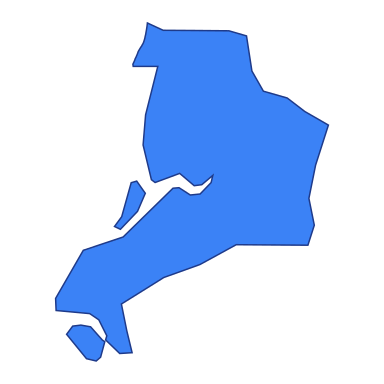 Ryongchon, P'yŏngan-bukto, North Korea
{"feature_id": "82179303B54196732560859", "entity_name": "Ryongchon", "entity_type": "district", "adm_level": 2, "iso_a3": "PRK", "parent_name": "North Korea", "parent_adm1": "P'yŏngan-bukto", "projection": "equal_earth", "projection_center": [124.373, 39.948], "detail": "fine", "context": "isolated", "style": "filled", "palette": "blue", "viewbox_px": 384, "rotation_deg": 0, "n_neighbors": 0, "source": "geoboundaries", "source_scale": "gbopen_adm2", "svg_char_len": 1200}
<svg xmlns="http://www.w3.org/2000/svg" viewBox="0 0 384 384"><path d="M246.5,35.9L228.9,30.8L193.1,30.5L163.2,30.3L147.4,23.0L147.2,24.7L147.0,26.4L146.7,28.3L146.4,30.2L146.0,32.4L145.7,34.3L145.2,36.3L144.9,37.9L144.5,39.4L144.0,41.0L143.5,42.5L142.9,43.8L142.2,44.9L141.7,46.0L140.8,47.2L139.9,48.7L139.0,50.2L138.2,51.6L137.7,53.1L137.2,54.4L136.5,56.0L136.0,57.2L135.2,58.7L134.8,60.0L134.1,61.6L133.5,62.9L132.9,64.2L133.2,66.4L144.3,66.4L157.8,66.4L145.6,114.8L143.1,145.0L151.4,179.7L155.1,182.5L179.7,173.4L194.2,185.7L201.8,184.7L212.8,175.4L211.1,182.6L200.1,194.0L190.3,195.0L179.0,187.7L173.0,188.2L123.1,237.0L83.3,250.3L55.6,298.4L56.1,310.5L89.7,313.6L98.8,319.8L106.8,335.8L105.6,339.9L119.7,353.5L132.1,352.7L126.8,330.8L121.4,304.0L163.8,277.5L200.0,264.5L236.2,244.7L278.0,245.0L307.9,245.2L314.3,225.2L308.9,198.4L315.6,165.1L322.0,145.1L328.4,125.1L304.8,111.5L287.2,98.0L263.4,91.2L251.9,71.0L246.5,35.9ZM100.6,357.2L104.8,341.7L102.4,340.1L90.6,326.8L80.9,325.1L72.7,326.1L66.6,334.3L86.5,358.7L96.2,361.0L100.6,357.2ZM137.5,211.4L145.3,193.3L136.7,181.1L131.2,182.7L121.7,216.7L114.5,226.5L120.4,229.3L137.5,211.4Z" fill="#3b82f6" stroke="#1e3a8a" stroke-width="1.5"/></svg>